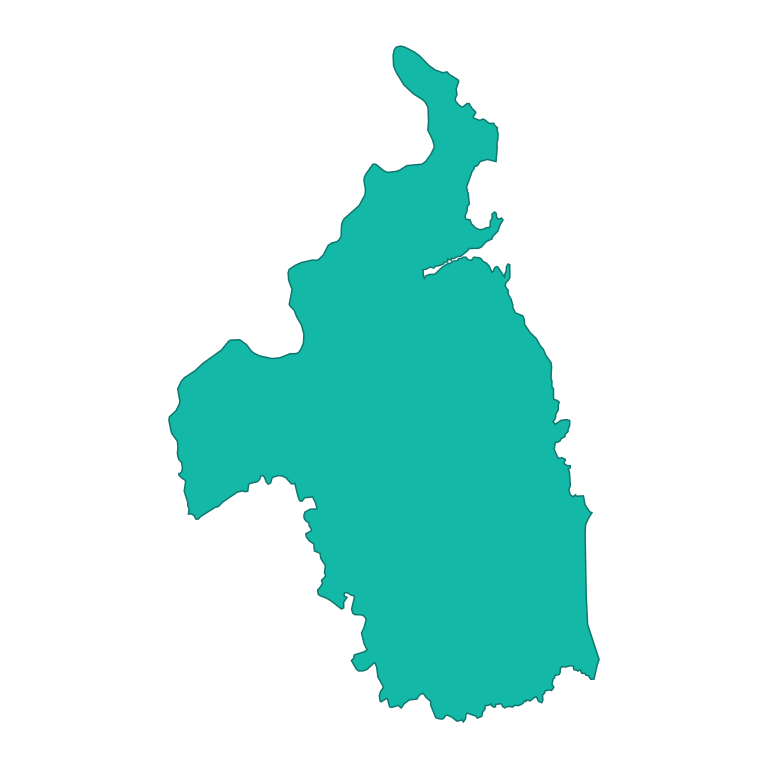 the district of Lilala, Maseru, Lesotho
{"feature_id": "5366337B93833812873267", "entity_name": "Lilala", "entity_type": "district", "adm_level": 2, "iso_a3": "LSO", "parent_name": "Lesotho", "parent_adm1": "Maseru", "projection": "robinson", "projection_center": [27.404, -29.498], "detail": "fine", "context": "isolated", "style": "filled", "palette": "teal", "viewbox_px": 768, "rotation_deg": 0, "n_neighbors": 0, "source": "geoboundaries", "source_scale": "gbopen_adm2", "svg_char_len": 6110}
<svg xmlns="http://www.w3.org/2000/svg" viewBox="0 0 768 768"><path d="M463.4,721.9L465.5,718.8L465.9,714.8L467.3,713.1L476.1,716.2L477.3,718.1L481.7,716.4L482.5,712.4L485.1,708.8L484.9,705.9L489.7,704.9L491.1,703.7L491.7,705.8L493.9,707.2L495.5,706.8L495.5,704.5L500.9,703.7L502.1,704.9L502.5,706.5L504.7,707.9L507.9,706.3L512.5,707.0L514.9,705.3L518.5,705.6L521.3,704.4L523.3,703.0L524.3,701.1L525.8,701.5L526.3,699.9L530.3,700.9L534.9,697.1L536.5,697.1L538.5,701.3L541.7,702.7L542.9,700.2L542.5,695.2L544.5,693.2L545.3,690.7L549.5,690.0L551.5,690.5L553.9,687.4L552.0,684.0L553.1,679.2L554.5,677.8L554.9,675.5L559.1,674.5L560.1,672.6L560.3,668.8L561.7,666.7L565.6,667.0L571.0,665.6L573.5,666.4L573.5,668.4L574.3,669.9L576.5,670.1L578.0,671.1L580.1,669.7L581.8,673.3L584.9,673.3L585.9,675.2L588.4,675.6L590.6,679.2L594.0,679.1L597.0,665.8L599.1,659.5L587.6,624.4L586.2,595.3L585.1,532.2L585.6,524.6L589.0,517.2L592.0,512.8L589.7,511.7L585.1,504.9L583.4,495.9L576.2,496.2L575.6,494.8L572.7,496.8L570.2,494.4L568.9,489.9L570.3,485.6L569.7,475.5L569.3,471.5L568.1,469.0L570.3,467.9L570.3,465.7L566.7,465.5L564.4,463.7L564.1,462.2L565.4,460.2L565.0,459.1L561.7,457.7L560.0,458.4L557.9,457.8L554.2,449.4L555.3,442.4L557.0,442.4L560.0,441.0L561.3,438.6L565.0,436.6L565.2,434.4L568.0,431.6L568.0,429.9L569.7,425.1L569.7,420.6L566.6,419.6L561.0,420.4L555.2,424.3L553.0,421.5L554.8,419.4L555.7,417.0L555.7,414.3L558.3,409.8L558.3,404.9L559.3,402.2L557.3,400.6L553.6,399.2L553.5,388.9L551.9,386.5L551.9,381.0L551.0,377.8L551.6,366.7L551.0,362.6L545.9,355.4L543.4,349.4L540.3,345.8L536.2,338.5L530.0,332.5L524.6,324.4L524.2,319.3L522.8,315.9L515.5,312.9L512.8,307.8L512.8,305.0L511.0,299.0L508.1,294.1L508.1,290.1L505.4,286.7L505.5,283.3L508.8,279.6L509.9,277.3L509.7,264.7L508.1,264.0L506.5,266.5L506.1,271.4L504.8,274.1L504.4,276.9L497.8,267.0L496.3,266.6L494.5,268.1L493.2,271.3L492.0,272.2L489.2,266.2L486.5,263.2L482.7,261.1L481.1,258.7L479.1,257.7L473.8,257.2L471.3,260.4L467.7,259.6L466.2,257.2L463.1,257.2L461.5,258.5L458.4,258.7L457.5,260.6L452.6,261.3L450.5,263.2L446.8,264.1L441.9,267.5L434.7,274.3L429.3,274.5L425.6,276.0L424.4,278.3L423.5,276.4L423.1,269.8L426.2,269.2L430.2,267.0L433.8,268.1L435.6,266.0L437.8,266.0L442.9,264.3L444.9,262.0L447.7,261.9L447.7,258.9L451.2,260.2L451.6,258.5L453.9,258.5L457.7,256.4L460.6,256.4L467.7,250.6L469.3,248.5L478.4,248.3L481.1,247.2L486.3,241.6L492.0,238.9L492.7,236.5L497.8,231.2L499.8,225.4L503.0,219.9L501.5,218.1L498.5,219.2L496.9,218.0L496.1,213.3L494.5,212.0L492.0,214.1L492.1,218.4L490.3,221.2L490.2,226.3L488.9,227.6L486.7,227.6L483.1,229.3L479.5,229.7L475.7,228.0L471.5,223.9L470.0,219.7L465.7,219.2L465.1,216.0L467.0,211.1L467.5,206.2L469.3,204.3L468.2,193.2L467.1,191.5L467.5,189.8L466.4,187.5L472.2,171.2L474.2,168.5L474.4,166.5L477.3,165.7L480.4,161.4L487.5,159.4L496.0,161.6L497.2,147.6L496.9,142.7L497.8,139.7L498.1,133.5L497.0,129.6L497.5,127.9L494.9,125.6L493.7,123.3L489.1,123.4L484.4,119.5L482.8,119.1L479.8,120.4L473.8,118.2L473.3,116.4L475.6,113.2L475.5,111.8L471.6,107.8L469.1,103.5L466.9,103.6L462.8,107.0L461.8,106.9L459.2,105.4L455.6,101.2L455.3,98.5L457.0,94.4L456.1,89.1L458.8,81.3L457.9,79.7L449.3,74.5L447.1,71.9L442.6,72.7L435.2,70.0L428.9,65.5L419.4,55.7L414.5,52.1L404.7,47.1L400.5,46.1L396.3,47.1L394.2,49.8L393.1,55.5L393.6,65.9L396.2,72.3L404.1,85.2L413.5,93.9L422.5,99.6L425.0,102.0L427.5,106.2L428.1,108.4L428.5,122.2L427.8,130.0L432.6,139.9L434.2,145.8L434.1,147.6L430.8,154.4L425.7,161.4L422.0,164.2L406.9,165.6L399.8,170.1L395.8,171.5L387.5,172.4L383.7,170.7L376.4,164.7L374.3,164.0L372.7,164.4L365.7,174.4L364.2,177.8L364.0,180.8L365.5,189.4L365.0,194.7L359.1,205.6L344.0,218.9L342.1,222.6L341.5,225.8L341.1,236.3L339.2,239.6L336.8,241.8L331.9,242.9L328.1,245.5L323.4,254.8L318.6,259.6L316.2,260.3L312.1,260.1L301.0,262.7L295.1,265.4L289.2,269.4L288.1,272.9L288.7,280.3L292.1,289.6L289.2,304.3L290.3,306.3L294.2,310.3L296.8,317.0L301.5,325.1L303.9,334.4L303.5,342.6L301.7,347.7L299.1,352.0L296.4,353.6L290.1,353.7L279.9,357.8L272.1,358.6L259.5,355.9L253.9,353.1L251.3,351.1L246.6,344.8L239.8,339.8L230.4,340.1L228.6,341.3L221.3,350.2L202.9,363.4L195.2,370.6L184.7,377.5L181.3,381.2L177.7,388.9L179.9,401.1L179.4,403.9L176.1,410.6L169.4,416.9L168.9,420.1L170.9,430.6L172.1,433.9L177.4,441.2L177.9,447.0L177.4,453.4L178.1,457.3L178.8,459.4L181.5,462.5L182.4,467.5L181.8,471.4L180.1,473.4L178.8,473.6L178.8,474.8L180.9,477.3L185.1,480.3L185.6,481.7L184.2,491.1L187.8,502.3L187.8,505.7L189.1,509.0L188.4,514.1L191.4,513.8L194.1,515.6L196.1,519.3L198.5,518.9L200.6,516.5L215.4,507.2L218.2,506.6L222.9,501.9L237.3,492.1L242.3,490.9L245.0,491.7L247.7,491.3L248.6,484.8L249.5,483.6L257.3,481.7L259.7,479.4L260.8,475.8L262.4,475.5L264.5,477.1L266.2,482.0L268.3,484.2L270.6,483.0L272.3,477.4L278.2,475.6L282.0,476.0L285.6,477.5L291.4,483.8L294.9,483.7L297.9,496.1L299.3,500.2L300.5,501.2L302.2,501.0L304.8,497.6L310.7,497.3L312.3,496.4L315.1,501.9L316.9,507.6L316.8,508.9L310.1,509.2L305.0,512.1L303.9,515.3L304.1,518.2L305.9,521.0L309.2,523.1L309.0,525.5L311.6,529.5L311.1,530.9L305.8,533.8L306.5,537.2L309.3,540.9L313.8,543.9L314.4,551.0L320.0,553.2L320.9,558.6L325.4,565.6L324.5,572.5L325.7,576.2L321.7,580.0L321.5,581.1L322.5,582.8L322.2,583.7L320.2,587.3L317.6,590.1L318.2,594.1L320.1,595.8L326.0,597.9L331.1,600.9L341.4,609.0L343.7,607.9L343.7,602.1L347.0,597.4L344.4,596.1L344.1,594.2L344.6,592.9L347.3,592.7L350.9,595.0L354.0,595.7L354.4,597.4L351.6,609.2L352.8,613.2L354.7,614.6L362.0,614.9L364.4,616.4L366.2,619.2L364.1,627.4L361.5,633.0L364.2,644.0L367.1,649.6L364.5,651.7L354.3,654.9L353.7,658.2L351.4,660.5L356.3,669.1L358.6,671.0L363.5,670.8L367.0,669.4L374.1,662.9L375.1,663.1L376.7,667.2L377.9,677.0L383.1,686.3L383.0,688.1L380.6,691.3L379.3,695.6L380.1,701.1L381.1,701.9L386.6,698.4L387.6,699.4L389.6,706.8L391.7,707.4L398.2,705.4L401.3,708.0L404.2,703.7L409.4,699.9L416.8,699.1L419.4,695.0L423.2,693.3L425.8,697.1L430.5,701.3L430.8,705.4L435.7,717.5L438.3,718.6L442.3,719.1L444.2,717.8L445.5,715.6L447.1,715.1L451.9,717.2L457.0,721.2L461.9,720.0L463.4,721.9Z" fill="#14b8a6" stroke="#0f766e" stroke-width="1.5"/></svg>